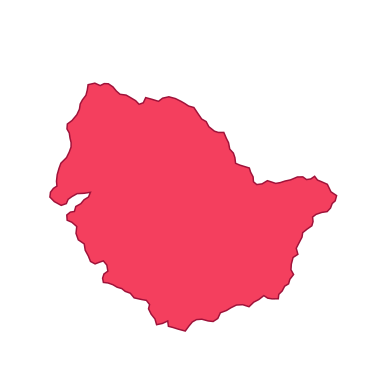 Senhora dos Remédios, Minas Gerais, Brazil, rotated 164°
{"feature_id": "56859067B9863701766336", "entity_name": "Senhora dos Remédios", "entity_type": "district", "adm_level": 2, "iso_a3": "BRA", "parent_name": "Brazil", "parent_adm1": "Minas Gerais", "projection": "albers", "projection_center": [-43.6, -21.04], "detail": "fine", "context": "isolated", "style": "filled", "palette": "rose", "viewbox_px": 384, "rotation_deg": 164, "n_neighbors": 0, "source": "geoboundaries", "source_scale": "gbopen_adm2", "svg_char_len": 2257}
<svg xmlns="http://www.w3.org/2000/svg" viewBox="0 0 384 384"><g transform="rotate(164 192 192)"><path d="M210.5,295.5L214.2,291.2L218.7,290.9L221.0,295.3L225.0,299.6L228.6,303.3L234.3,305.8L236.9,309.9L239.0,314.8L242.6,319.1L246.5,320.4L250.9,319.6L255.4,323.4L262.3,323.8L264.6,318.8L267.3,314.2L272.0,310.7L275.2,307.4L277.4,302.6L281.4,298.0L287.6,293.8L293.1,291.7L294.8,287.1L293.7,282.6L294.4,277.3L294.6,272.8L295.9,268.5L299.1,264.1L303.1,259.7L310.1,255.8L313.5,251.1L316.8,245.8L319.3,239.7L320.2,234.9L324.2,233.7L328.1,230.8L330.0,226.3L327.0,220.7L321.4,215.2L316.0,215.5L313.1,219.1L308.7,220.7L302.9,222.1L296.1,220.5L289.7,219.7L292.9,215.7L297.9,214.3L302.1,211.4L307.7,210.1L310.4,205.7L314.5,206.2L318.7,204.4L319.8,199.3L315.9,196.1L312.3,190.6L314.9,184.2L314.5,177.4L309.9,171.8L310.7,165.4L309.3,159.1L308.7,153.2L305.0,149.6L300.6,150.0L296.2,150.2L294.0,145.2L294.7,139.1L299.2,137.5L301.7,133.8L302.1,129.5L297.8,127.7L293.6,124.7L290.2,121.1L286.1,118.5L283.6,114.9L279.2,111.7L276.8,106.2L270.2,102.6L265.7,100.4L263.8,95.5L266.0,91.7L264.9,85.7L262.6,80.2L262.6,74.2L256.6,73.8L250.9,74.7L251.7,69.4L247.6,67.0L243.1,64.0L236.8,60.2L231.9,64.0L227.5,67.0L222.9,68.1L217.6,67.0L212.0,63.6L207.4,61.7L202.1,63.3L198.0,68.1L191.5,68.6L186.5,70.0L180.5,71.1L174.3,69.7L168.8,66.0L163.0,69.1L157.5,70.2L151.5,72.6L148.5,69.1L144.5,67.2L138.5,65.6L136.8,69.7L132.6,72.0L128.9,75.9L124.5,77.1L122.0,81.1L117.1,84.7L118.3,90.0L116.4,95.3L112.9,101.2L107.4,102.9L107.3,109.2L102.4,114.4L98.7,118.3L96.8,122.4L91.9,124.5L86.1,126.5L83.8,130.2L83.0,134.7L78.9,136.3L72.8,136.6L67.5,135.9L63.3,138.4L60.4,142.3L56.8,144.0L54.0,148.7L58.4,153.9L59.8,162.1L64.8,166.3L68.1,168.9L69.8,173.3L74.3,171.8L78.5,172.4L81.3,176.0L86.6,177.4L93.9,176.5L99.6,176.9L104.7,176.7L109.2,177.2L112.8,179.7L116.4,182.1L122.4,180.5L127.7,181.3L130.1,184.9L129.1,189.7L130.2,194.9L130.3,199.3L134.8,202.2L138.8,204.8L142.2,207.6L141.3,213.2L141.5,218.0L143.9,222.8L143.3,229.3L144.2,234.0L145.0,240.5L150.3,242.0L153.7,244.3L157.8,250.1L159.0,255.8L162.6,259.5L164.8,266.1L166.9,272.7L171.6,275.6L174.6,279.1L177.5,282.1L182.2,286.4L188.0,289.9L194.4,290.3L199.2,288.4L205.2,292.3L210.5,295.5Z" fill="#f43f5e" stroke="#9f1239" stroke-width="1.5"/></g></svg>